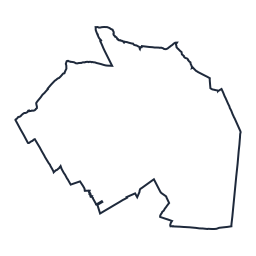 Bahna, Neamt, Romania, rotated 90°
{"feature_id": "2599482B15679101167619", "entity_name": "Bahna", "entity_type": "district", "adm_level": 2, "iso_a3": "ROU", "parent_name": "Romania", "parent_adm1": "Neamt", "projection": "orthographic", "projection_center": [26.776, 46.763], "detail": "fine", "context": "isolated", "style": "outline", "palette": "slate", "viewbox_px": 256, "rotation_deg": 90, "n_neighbors": 0, "source": "geoboundaries", "source_scale": "gbopen_adm2", "svg_char_len": 5604}
<svg xmlns="http://www.w3.org/2000/svg" viewBox="0 0 256 256"><g transform="rotate(90 128 128)"><path d="M142.9,228.1L143.0,227.7L143.0,227.1L141.2,224.5L141.0,223.7L140.5,223.1L139.7,222.4L139.2,221.2L143.9,218.4L146.4,216.9L147.2,216.4L151.3,214.2L155.8,211.6L156.9,211.1L163.3,207.2L164.4,206.3L164.8,206.0L165.7,205.7L169.2,203.7L171.5,202.5L171.9,202.4L172.3,202.3L170.3,200.2L170.1,199.8L170.1,199.4L169.7,198.8L168.4,197.3L167.9,196.6L167.0,196.2L166.7,195.8L166.1,195.4L169.1,194.3L172.4,192.5L173.4,191.9L174.6,191.0L178.6,188.9L179.3,188.3L179.8,188.0L180.4,187.7L184.6,185.3L181.4,176.0L186.1,172.9L188.4,171.6L189.1,171.4L190.2,171.3L190.8,171.2L190.7,167.9L190.6,167.6L190.7,166.4L191.6,166.7L192.1,167.0L192.5,166.9L192.8,166.5L193.1,165.9L193.3,165.8L193.6,166.5L194.1,166.6L194.5,165.9L194.7,166.1L195.0,165.9L195.0,165.5L195.3,165.2L196.0,165.4L196.1,164.5L196.3,164.7L196.8,164.9L196.8,164.4L197.0,163.9L197.5,163.7L197.7,163.2L198.6,163.0L203.6,160.2L204.4,160.0L204.6,159.8L203.7,158.4L201.2,154.2L202.0,153.7L204.9,158.6L213.5,155.9L210.8,151.4L207.7,146.1L205.3,142.1L203.2,138.5L201.6,135.8L200.0,133.2L198.9,131.0L197.8,129.0L197.1,129.4L193.4,120.9L197.2,118.8L192.2,116.6L190.3,116.3L189.3,115.9L188.8,115.6L188.6,115.3L188.4,114.8L188.1,114.4L180.7,104.1L179.3,102.1L191.9,95.6L193.0,94.7L193.7,93.7L195.8,90.7L196.2,90.1L196.5,89.8L197.5,89.5L203.0,86.9L206.0,89.2L206.8,89.7L208.7,91.2L210.2,92.0L210.8,92.4L211.8,93.7L213.0,94.2L214.1,95.0L215.4,95.7L216.3,95.9L217.0,95.8L220.1,86.4L221.0,84.0L221.7,84.5L222.3,84.8L222.9,85.2L224.6,85.7L225.2,85.8L226.3,85.5L226.2,83.9L226.2,83.1L226.4,83.1L226.7,76.0L227.0,72.1L227.1,69.9L227.3,66.4L227.9,60.0L228.4,56.5L228.5,53.2L229.0,48.5L228.8,48.0L229.0,44.0L229.0,41.8L228.8,39.5L227.8,36.8L227.3,32.3L226.9,28.5L226.3,24.6L225.2,24.6L223.8,24.5L217.0,23.7L175.9,19.7L163.8,18.4L151.1,17.3L144.7,16.6L139.5,16.2L137.4,16.0L136.8,16.0L133.9,15.8L133.5,15.7L132.4,15.4L132.2,15.4L132.0,15.5L131.8,15.5L131.5,15.5L118.3,21.4L117.1,22.1L116.1,22.5L114.2,23.4L110.8,24.7L109.0,25.6L108.2,26.1L107.5,26.3L106.9,26.5L106.4,26.6L103.8,27.9L97.9,30.5L96.4,31.3L92.4,32.9L89.0,34.5L90.9,37.7L90.9,37.8L91.0,37.9L90.8,37.9L90.7,38.1L90.5,38.4L90.4,38.8L90.4,39.2L90.2,39.9L90.0,41.0L89.7,42.0L89.6,42.9L89.2,44.1L88.9,44.6L88.4,45.3L88.2,45.6L81.0,46.2L79.0,46.3L78.2,46.2L76.7,48.9L75.6,51.1L71.9,58.3L71.7,58.4L70.9,59.9L69.1,61.7L67.5,63.2L67.9,63.6L68.1,64.1L67.8,64.0L67.4,64.0L66.8,64.2L65.6,64.5L63.8,65.4L62.6,65.5L62.3,65.6L61.8,66.4L61.1,67.1L60.5,67.5L60.4,67.7L60.1,67.9L59.9,67.8L59.3,68.1L58.9,68.5L58.6,68.8L58.2,69.8L58.0,70.6L57.8,70.9L57.1,71.7L56.8,72.0L56.4,72.2L55.9,72.2L55.8,72.4L54.8,73.5L54.5,74.0L54.4,74.1L52.4,74.4L52.0,74.5L51.8,74.7L51.3,75.5L50.0,76.8L48.9,77.8L48.6,78.3L47.1,79.5L46.8,79.6L46.3,79.5L45.8,79.6L44.7,80.0L44.4,80.0L43.7,79.9L43.1,79.3L42.6,79.0L42.7,80.8L43.5,82.1L45.1,83.9L46.0,85.3L46.8,86.2L47.4,87.1L48.1,87.9L48.6,88.6L48.9,89.4L49.1,89.9L49.1,91.0L49.0,91.8L48.9,92.1L48.7,92.3L48.4,92.7L48.3,92.9L47.9,94.1L47.7,94.7L47.7,95.3L47.8,96.3L47.7,96.8L47.6,97.0L47.5,101.5L47.2,103.6L47.0,106.6L46.1,114.1L47.1,114.3L47.1,115.3L48.0,115.6L48.3,115.9L49.1,116.1L48.8,116.3L47.4,116.3L47.2,116.5L46.8,117.0L46.4,117.8L45.4,119.6L45.3,120.6L45.0,121.4L44.8,122.0L44.3,122.5L43.6,123.0L43.5,124.2L42.6,127.6L42.2,128.7L41.9,130.3L41.8,131.3L41.7,131.8L42.6,131.9L42.6,132.0L41.4,132.4L41.4,133.2L41.3,133.5L41.1,133.7L40.9,133.8L40.7,134.3L40.8,134.9L40.2,135.6L40.2,135.8L40.4,136.2L40.3,137.0L40.2,137.2L39.9,137.3L39.8,137.7L39.2,138.0L39.3,138.5L39.2,138.6L38.6,138.8L38.3,139.0L37.5,139.4L37.0,140.1L36.8,140.7L36.7,140.9L36.3,140.9L36.1,141.2L35.6,141.6L35.4,142.0L34.9,142.3L34.4,142.4L34.0,142.6L33.8,142.6L33.4,142.3L33.1,142.2L31.5,142.5L30.8,143.0L29.7,143.4L29.6,143.6L29.6,143.9L29.2,144.5L29.0,145.1L28.8,145.5L28.1,146.3L27.1,148.8L27.1,149.2L27.0,152.0L27.2,154.4L27.5,155.5L27.6,157.0L27.5,157.4L27.2,157.9L27.0,158.7L27.1,159.3L27.1,160.4L28.0,160.3L29.9,160.3L31.4,159.8L34.2,158.7L34.3,158.3L34.7,158.2L34.9,158.4L37.4,157.3L38.4,156.7L38.9,156.3L39.7,155.4L40.5,154.9L41.0,155.8L44.9,154.0L47.8,152.8L50.8,151.4L65.8,143.9L65.6,148.8L65.4,150.4L64.9,152.4L64.1,154.9L63.4,157.7L63.1,159.1L62.4,161.1L62.3,162.3L62.0,163.8L62.2,164.4L62.0,164.7L61.9,165.1L61.8,165.9L61.9,166.4L61.8,166.9L62.1,167.5L61.8,168.5L61.8,169.2L62.0,169.9L62.0,170.5L62.4,171.2L62.3,172.0L62.4,173.4L62.5,173.7L62.9,174.6L63.0,174.9L62.9,175.4L63.0,176.6L63.0,177.1L63.4,178.6L63.3,179.1L63.3,180.0L62.4,181.7L62.2,182.2L62.0,183.6L61.9,184.3L61.9,184.6L61.9,185.3L61.6,185.8L61.5,186.5L61.3,187.1L61.2,187.3L60.9,187.7L60.9,187.8L60.9,188.1L60.9,188.4L61.0,188.6L61.0,188.8L61.2,189.3L63.9,190.2L64.8,189.9L65.5,189.7L68.7,189.6L69.7,190.1L70.5,190.5L72.1,191.2L72.9,191.4L73.3,191.6L73.4,192.5L73.7,193.0L74.9,194.0L76.6,195.5L78.0,197.0L78.4,198.1L78.8,198.7L80.0,200.1L80.7,201.2L84.6,204.9L88.2,208.0L88.8,208.4L89.1,208.1L91.7,210.5L92.8,211.4L94.7,213.5L97.3,215.3L100.4,217.9L102.1,219.2L103.1,219.8L104.6,219.6L106.5,219.1L108.1,219.1L108.8,219.8L109.0,220.2L109.2,220.3L109.5,220.5L110.1,221.1L110.3,221.4L110.7,222.6L110.7,222.9L110.6,223.3L110.7,223.9L110.6,224.2L110.9,224.9L111.0,225.2L111.0,225.8L111.0,226.1L111.1,226.5L110.5,226.8L110.6,227.5L110.7,227.8L110.9,227.9L111.1,227.8L111.4,227.9L112.1,228.7L112.3,229.0L112.9,230.2L113.0,230.7L113.0,231.7L113.1,231.9L113.8,233.0L115.1,234.5L116.2,235.4L116.8,236.5L116.9,237.4L117.1,237.9L118.2,238.7L118.8,239.3L119.5,240.4L119.9,240.6L129.4,235.5L135.0,232.3L142.9,228.1Z" fill="none" stroke="#1e293b" stroke-width="2"/></g></svg>